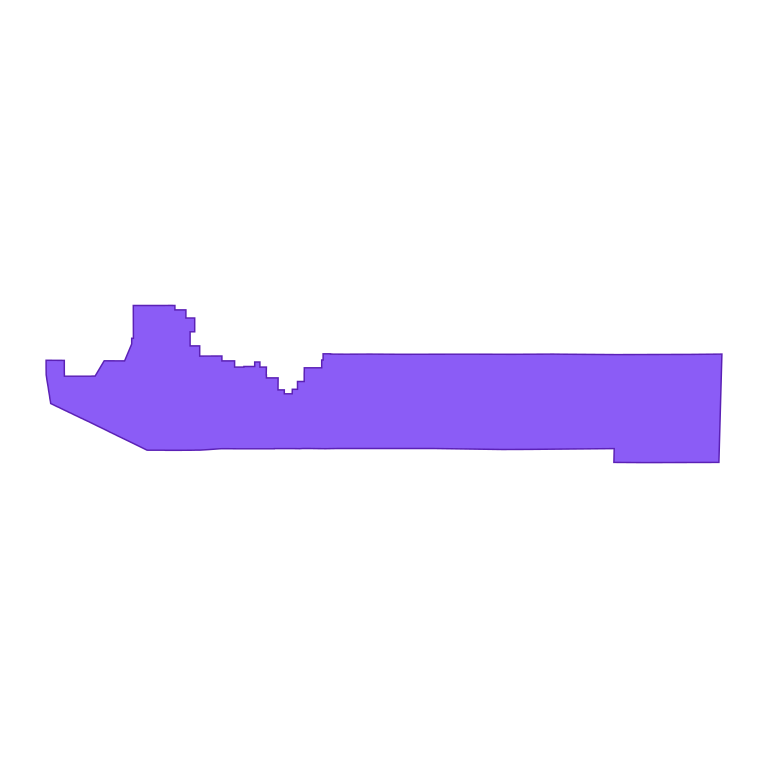 outline of Menzies, Western Australia, Australia
{"feature_id": "25037944B67042441314136", "entity_name": "Menzies", "entity_type": "district", "adm_level": 2, "iso_a3": "AUS", "parent_name": "Australia", "parent_adm1": "Western Australia", "projection": "equal_earth", "projection_center": [120.764, -29.386], "detail": "fine", "context": "isolated", "style": "filled", "palette": "violet", "viewbox_px": 768, "rotation_deg": 0, "n_neighbors": 0, "source": "geoboundaries", "source_scale": "gbopen_adm2", "svg_char_len": 3159}
<svg xmlns="http://www.w3.org/2000/svg" viewBox="0 0 768 768"><path d="M721.9,354.1L689.8,354.4L616.3,354.6L560.9,354.2L553.1,354.1L512.8,354.3L472.2,354.2L453.9,354.2L403.0,354.3L370.1,354.1L345.9,354.2L330.6,354.1L330.6,353.8L323.1,353.8L323.1,360.0L321.7,360.0L321.7,367.8L304.3,367.8L304.3,370.2L304.2,373.6L304.2,375.1L304.2,376.4L304.2,381.5L297.5,381.5L297.5,388.3L297.5,389.3L293.6,389.3L292.3,389.3L292.2,393.8L284.3,393.8L284.3,389.9L278.0,389.9L278.1,377.9L266.4,377.9L266.4,374.9L266.2,374.9L266.4,367.1L259.9,367.1L259.9,362.0L254.7,362.0L254.7,366.5L243.9,366.5L243.9,367.1L240.4,367.1L240.1,367.1L239.9,367.1L239.4,367.1L238.4,367.1L237.3,367.1L236.3,367.1L234.6,367.1L234.6,360.9L221.9,360.9L221.9,356.0L199.7,356.1L199.7,355.5L199.7,354.2L199.7,353.0L199.7,345.9L198.6,345.9L195.7,345.9L190.1,345.9L190.1,331.8L194.7,331.8L194.7,318.0L185.9,318.0L185.9,309.9L177.7,309.9L174.9,309.9L174.9,305.5L172.2,305.5L172.2,305.4L163.7,305.5L163.2,305.5L148.9,305.5L145.3,305.5L136.3,305.5L134.6,305.5L133.3,305.5L133.4,338.3L131.7,338.3L131.7,342.5L131.7,344.0L124.6,360.9L104.2,360.8L95.1,376.1L92.9,376.1L92.0,376.1L90.7,376.2L90.4,376.2L90.1,376.2L89.5,376.2L88.2,376.2L87.6,376.2L87.2,376.2L86.0,376.2L84.1,376.2L82.6,376.2L81.4,376.2L80.8,376.2L79.6,376.2L78.4,376.2L77.5,376.2L76.9,376.2L76.3,376.2L76.0,376.2L74.8,376.2L74.3,376.2L73.4,376.2L71.9,376.2L71.0,376.2L70.4,376.2L69.8,376.2L69.5,376.2L68.9,376.2L68.0,376.2L67.4,376.2L66.8,376.2L65.3,376.2L64.4,376.2L64.3,370.7L64.3,360.4L49.7,360.3L46.1,360.3L46.1,362.0L46.1,365.2L46.1,367.4L46.2,375.1L46.3,375.5L46.9,379.8L47.7,384.5L48.2,387.4L48.6,390.4L49.2,393.9L49.5,395.7L49.9,398.7L50.5,401.9L50.7,403.5L51.3,403.8L52.6,404.4L53.8,405.0L54.4,405.3L55.6,405.9L56.8,406.5L57.7,406.9L58.7,407.3L59.9,407.9L61.4,408.7L62.6,409.2L63.5,409.7L64.8,410.3L66.0,410.9L66.3,411.0L66.6,411.1L68.1,411.9L68.4,412.0L68.7,412.2L69.3,412.5L70.6,413.0L71.8,413.6L72.4,413.9L73.0,414.2L73.6,414.5L73.9,414.7L74.2,414.8L75.4,415.4L77.0,416.1L78.8,417.0L79.7,417.4L80.6,417.9L82.5,418.7L83.1,419.0L84.0,419.5L85.8,420.3L86.8,420.8L87.7,421.2L93.9,424.2L97.5,426.0L101.7,428.0L108.6,431.4L109.3,431.8L109.7,432.0L115.4,434.7L116.9,435.5L138.6,446.0L145.3,449.3L146.5,449.9L146.7,450.0L147.0,450.1L148.2,450.2L149.2,450.2L150.2,450.2L151.2,450.2L152.2,450.2L153.1,450.2L154.1,450.2L155.1,450.2L156.4,450.2L157.4,450.2L158.4,450.2L159.4,450.2L160.4,450.2L161.4,450.2L162.4,450.2L163.3,450.2L164.3,450.2L165.3,450.3L166.3,450.3L167.3,450.3L168.3,450.3L169.3,450.3L170.3,450.3L171.2,450.3L172.2,450.3L173.2,450.3L174.2,450.3L175.2,450.3L176.2,450.3L177.5,450.3L178.5,450.3L179.5,450.3L194.3,450.2L195.3,450.1L196.0,450.1L197.3,450.1L198.0,450.1L199.2,450.1L200.2,450.1L208.3,449.6L219.4,448.8L219.5,448.8L221.7,448.7L222.6,448.7L225.2,448.7L227.7,448.7L237.8,448.8L247.8,448.8L256.0,448.8L261.0,448.8L263.6,448.8L274.3,448.8L274.3,448.6L294.0,448.6L299.6,448.7L302.8,448.5L309.9,448.5L316.2,448.6L325.6,448.7L337.4,448.5L345.9,448.5L369.2,448.5L432.9,448.5L433.5,448.5L502.3,449.5L528.3,449.4L614.2,448.6L613.9,462.4L643.6,462.6L718.9,462.4L721.9,354.1Z" fill="#8b5cf6" stroke="#5b21b6" stroke-width="1.5"/></svg>